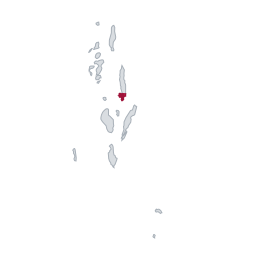 location of Gao-Bugotu, Isabel, Solomon Islands, rotated 46°
{"feature_id": "97153195B92120906809587", "entity_name": "Gao-Bugotu", "entity_type": "district", "adm_level": 2, "iso_a3": "SLB", "parent_name": "Solomon Islands", "parent_adm1": "Isabel", "projection": "equal_earth", "projection_center": [159.757, -8.429], "detail": "fine", "context": "in_parent", "style": "filled", "palette": "rose", "viewbox_px": 256, "rotation_deg": 46, "n_neighbors": 0, "source": "geoboundaries", "source_scale": "gbopen_adm2", "svg_char_len": 6494}
<svg xmlns="http://www.w3.org/2000/svg" viewBox="0 0 256 256"><g transform="rotate(46 128 128)"><path d="M101.3,129.3L105.2,133.1L106.8,132.8L111.8,132.8L114.8,135.5L116.5,136.7L117.5,139.1L118.7,139.7L119.5,140.9L119.9,143.1L118.1,144.3L116.9,144.7L114.0,143.9L111.2,142.2L105.7,142.0L103.1,141.5L102.2,140.8L101.4,139.9L100.1,137.9L99.1,135.4L98.9,134.0L98.9,131.2L99.2,130.2L100.2,129.2L101.3,129.3ZM118.7,106.9L123.0,113.9L122.9,115.1L122.3,115.9L122.1,118.3L122.6,119.2L123.8,119.6L125.8,122.1L126.7,126.1L127.5,127.5L127.5,130.4L129.4,134.4L129.6,136.4L129.4,137.3L128.6,136.7L126.4,132.1L123.8,130.2L123.5,129.3L120.9,126.6L119.1,122.1L117.2,114.1L118.1,112.2L116.0,108.3L116.1,107.2L117.6,107.4L117.9,107.0L118.7,106.9ZM103.0,110.4L103.6,112.6L101.3,110.6L99.5,108.2L94.4,105.6L93.4,104.3L92.4,104.1L89.9,102.0L87.3,100.5L85.4,97.8L84.4,97.4L82.8,95.3L81.3,93.9L80.7,91.4L79.2,89.6L78.8,88.9L83.7,90.3L85.9,93.0L87.8,94.6L88.5,95.7L90.2,97.3L91.7,97.4L93.3,99.0L94.7,99.4L95.8,100.2L103.0,107.2L102.1,109.1L103.0,110.4ZM135.4,155.4L137.6,156.8L138.9,156.5L140.8,157.5L142.2,156.9L143.1,158.2L145.3,162.9L145.3,164.5L146.8,165.6L145.6,165.8L143.8,165.2L142.5,165.6L141.1,164.7L138.7,164.2L136.6,163.1L132.3,159.6L132.4,157.8L131.7,157.0L131.5,154.8L129.9,154.1L128.1,154.0L128.0,152.9L128.3,151.1L129.7,151.1L131.3,151.9L135.4,155.4ZM61.9,83.8L62.5,84.7L61.1,86.1L59.4,85.3L58.9,84.1L57.7,84.4L55.2,83.7L51.8,80.3L48.1,74.0L44.6,70.5L44.0,69.4L43.9,67.6L44.3,66.9L46.5,67.7L49.3,70.6L54.0,73.6L55.2,75.1L56.0,78.8L56.8,79.9L59.3,82.7L61.9,83.8ZM66.8,105.2L67.9,107.1L69.1,111.4L68.9,112.9L68.0,113.0L67.8,113.9L66.5,111.8L64.9,111.2L63.7,110.0L63.2,105.9L62.3,105.6L59.6,106.0L58.8,107.4L57.5,106.9L57.3,105.7L57.5,104.5L59.1,103.3L59.4,101.8L61.0,99.2L62.0,98.7L63.9,99.7L64.1,103.4L64.8,104.6L66.8,105.2ZM115.6,188.3L114.4,189.1L113.3,188.7L112.5,188.1L111.8,186.3L110.3,185.2L108.2,184.7L107.2,183.5L105.7,183.2L105.3,182.2L105.4,181.2L105.7,180.7L107.0,181.2L113.4,185.9L115.6,188.3ZM48.0,97.7L47.7,98.1L47.1,96.8L46.7,96.4L46.7,95.0L45.0,92.7L44.8,91.1L45.8,89.6L47.2,90.5L48.6,92.4L50.1,93.0L49.8,94.3L48.4,96.7L48.0,97.7ZM56.8,101.5L56.1,102.4L54.2,102.3L52.8,99.9L52.8,98.1L53.9,96.4L55.3,96.2L56.0,96.8L56.7,98.2L57.0,99.9L56.8,101.5ZM72.8,115.6L71.1,117.4L69.8,116.8L68.8,115.2L69.3,112.8L70.3,112.3L70.9,111.4L72.7,112.1L73.2,112.6L72.1,113.8L72.7,114.7L72.8,115.6ZM212.0,164.0L209.1,164.5L208.0,166.2L206.5,166.0L206.1,164.7L206.0,164.0L206.8,164.1L207.3,162.8L208.1,162.1L210.1,161.8L212.5,162.5L211.9,163.7L212.0,164.0ZM132.6,137.6L132.6,141.0L131.3,139.1L130.7,139.8L130.2,138.9L130.3,135.0L129.4,131.2L130.1,131.6L132.6,137.6ZM60.3,116.3L60.3,116.6L59.3,115.9L57.2,112.8L57.6,111.7L59.5,109.7L60.1,109.4L60.7,110.7L60.2,112.5L59.6,113.0L59.3,114.8L60.3,116.3ZM108.6,122.9L110.1,123.1L112.8,126.2L112.1,127.2L110.9,126.7L110.5,126.9L110.1,125.8L108.7,124.9L107.5,124.8L107.4,123.8L108.6,122.9ZM91.6,125.8L89.5,125.5L88.9,124.7L89.6,123.6L90.6,122.8L91.4,123.5L92.3,123.7L92.4,125.2L91.6,125.8ZM33.2,78.4L31.5,78.9L30.4,78.2L30.9,76.4L31.5,75.5L33.7,77.1L33.2,78.4ZM100.3,111.4L99.4,111.8L98.2,110.9L97.7,110.1L97.9,108.9L98.6,108.4L99.4,109.3L99.5,110.1L100.3,111.4ZM225.6,185.2L224.1,185.6L223.5,185.5L222.5,183.5L223.2,183.0L224.3,183.2L224.7,184.4L225.6,185.2ZM64.7,117.3L64.7,118.1L63.7,117.9L61.5,116.6L61.4,116.1L62.7,115.9L63.6,116.0L64.7,117.3ZM46.7,101.8L46.4,104.1L45.5,101.3L45.7,98.9L46.0,98.6L46.7,101.8ZM75.3,118.2L74.0,118.9L73.6,117.9L74.6,115.4L75.3,118.2Z" fill="#d9dde1" stroke="#a8b0b8" stroke-width="1"/><path d="M99.6,108.5L99.7,108.8L99.9,109.0L100.1,109.3L100.2,109.2L100.3,109.2L100.4,109.3L100.5,109.3L100.6,109.2L100.5,109.3L100.4,109.5L100.5,109.7L100.5,109.9L100.5,110.0L100.5,110.3L100.6,110.2L100.8,110.3L101.0,110.3L101.2,110.6L101.3,110.8L101.5,110.7L101.4,110.8L101.4,111.1L101.5,111.2L101.7,111.3L101.8,111.3L101.8,111.2L102.0,111.3L102.0,111.5L102.2,111.8L102.3,111.9L102.3,112.0L102.5,112.2L102.6,112.4L102.7,112.5L102.8,112.5L103.0,112.6L103.3,112.7L103.3,112.8L103.5,112.9L103.9,112.8L103.9,112.6L103.8,112.4L103.7,112.4L103.6,112.2L103.6,112.3L103.5,112.2L103.6,111.9L103.4,111.9L103.3,111.7L103.3,111.9L103.4,112.0L103.3,111.9L103.3,112.0L103.3,111.9L103.2,112.0L103.2,111.9L103.2,111.6L103.3,111.5L103.2,111.5L103.0,111.4L103.1,111.2L103.1,111.3L103.3,111.3L103.4,111.2L103.3,110.9L103.2,110.7L103.1,110.8L103.0,110.7L103.1,110.4L103.0,110.2L102.9,110.3L102.8,110.2L102.7,110.3L102.3,110.4L102.4,110.2L102.7,110.1L102.6,109.8L102.5,109.7L102.4,109.8L102.3,109.7L102.5,109.5L102.4,109.4L102.3,109.5L102.2,109.6L102.0,109.9L101.9,109.9L101.9,110.1L101.8,109.9L101.7,109.8L101.7,109.6L101.7,109.3L101.8,109.3L101.8,109.2L101.7,109.2L101.7,109.3L101.6,109.2L101.6,109.3L101.5,109.2L101.4,109.1L101.2,109.0L101.2,108.8L101.3,108.9L101.5,108.8L101.8,108.8L102.0,109.0L102.0,108.9L102.3,108.8L102.4,108.6L102.4,108.4L102.5,108.2L102.8,108.1L102.9,107.8L103.1,107.8L103.2,107.6L102.7,107.3L102.6,107.1L102.5,106.9L102.4,106.9L102.1,106.7L101.9,106.4L101.7,106.1L101.5,106.3L101.4,106.5L99.8,107.9L99.7,108.1L99.7,108.5L99.6,108.5ZM99.4,108.7L97.4,110.0L97.4,110.4L97.5,110.4L97.5,110.5L97.6,110.8L97.8,110.9L97.8,111.0L98.0,111.1L98.2,111.4L98.3,111.3L98.4,111.2L98.5,111.2L98.5,111.3L98.6,111.2L98.7,111.3L98.8,111.4L98.8,111.6L98.9,111.9L99.0,111.9L98.9,112.0L99.0,112.0L99.2,112.3L99.3,112.3L99.5,112.3L99.8,112.5L100.0,112.5L100.2,112.4L100.2,112.2L100.3,112.1L100.1,112.0L100.1,111.9L100.3,111.9L100.5,111.8L100.5,111.7L100.4,111.6L100.2,111.5L100.1,111.4L100.2,111.5L100.2,111.4L100.3,111.3L100.2,111.2L99.9,111.2L99.7,111.0L99.4,111.3L99.4,111.2L99.5,110.9L99.6,111.0L99.7,110.9L99.7,110.7L99.5,110.8L99.5,110.7L99.4,110.7L99.2,110.3L99.2,110.2L99.3,110.3L99.3,110.2L99.5,110.1L99.4,110.1L99.2,110.1L99.3,110.1L99.4,109.9L99.4,109.7L99.4,109.2L99.4,108.9L99.4,108.7L99.4,108.7ZM104.3,111.9L104.3,111.6L104.1,111.4L104.1,111.5L104.2,111.8L104.3,111.9L104.3,111.9ZM102.6,108.9L102.5,109.0L102.4,109.2L102.3,109.3L102.6,109.2L102.6,108.9ZM99.6,110.3L99.4,110.2L99.4,110.3L99.4,110.2L99.3,110.3L99.6,110.3ZM103.5,113.0L103.4,112.9L103.3,113.0L103.5,113.1L103.5,113.0ZM103.7,111.7L103.5,111.8L103.7,111.7ZM102.8,109.7L102.7,109.6L102.8,109.7ZM101.4,111.3L101.4,111.2L101.4,111.3ZM102.2,109.2L102.1,109.3L102.2,109.2ZM99.8,110.8L99.8,110.7L99.8,110.8L99.8,110.8ZM103.5,113.1L103.4,113.1L103.5,113.1ZM103.8,112.9L103.7,112.9L103.8,112.9ZM100.3,109.7L100.2,109.7L100.3,109.7Z" fill="#f43f5e" stroke="#9f1239" stroke-width="1.5"/></g></svg>